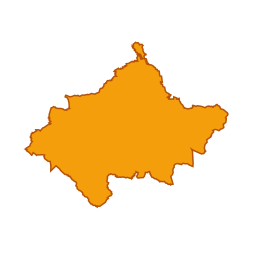 Tala, Jalisco, Mexico, rotated 107°
{"feature_id": "50627088B29347766451470", "entity_name": "Tala", "entity_type": "district", "adm_level": 2, "iso_a3": "MEX", "parent_name": "Mexico", "parent_adm1": "Jalisco", "projection": "equal_earth", "projection_center": [-103.69, 20.61], "detail": "fine", "context": "isolated", "style": "filled", "palette": "amber", "viewbox_px": 256, "rotation_deg": 107, "n_neighbors": 0, "source": "geoboundaries", "source_scale": "gbopen_adm2", "svg_char_len": 5821}
<svg xmlns="http://www.w3.org/2000/svg" viewBox="0 0 256 256"><g transform="rotate(107 128 128)"><path d="M178.7,219.1L179.9,217.4L179.8,216.6L180.6,214.7L182.2,212.3L181.7,211.8L179.3,211.5L180.2,208.7L180.9,207.6L180.5,207.4L178.4,201.5L178.3,199.8L180.0,200.0L180.0,199.6L181.6,198.9L183.2,194.6L182.7,192.6L187.0,190.6L191.7,189.3L185.2,185.8L187.1,181.4L188.2,180.3L190.5,175.5L190.8,174.6L190.4,173.1L191.3,172.1L190.5,171.5L191.5,170.5L191.1,169.4L191.2,169.0L192.1,168.8L192.4,168.4L192.4,167.5L193.6,166.6L194.1,164.7L194.7,163.6L194.8,162.0L196.2,160.9L198.6,160.9L199.1,159.5L200.9,158.9L201.3,157.6L202.1,156.4L201.9,155.7L202.2,154.5L203.3,152.4L205.0,151.7L205.3,150.4L206.2,149.3L206.1,146.9L207.7,144.8L209.1,144.5L211.5,141.3L211.2,140.3L211.8,139.7L212.1,138.5L211.6,136.6L212.2,136.1L212.5,134.5L211.6,134.9L211.4,134.5L211.5,133.2L211.0,132.0L205.7,127.9L202.5,127.4L201.3,126.3L200.7,127.3L198.2,125.6L197.9,124.7L196.6,124.0L195.4,124.2L195.2,125.1L194.0,124.9L193.3,126.5L192.8,126.8L192.8,127.8L192.1,129.1L190.9,129.7L191.0,130.4L190.3,130.2L189.8,130.8L188.1,131.1L187.3,130.5L186.0,130.6L185.8,132.1L185.1,132.7L181.5,133.0L180.6,133.6L178.1,132.6L177.9,131.7L176.9,131.3L176.8,130.1L177.1,129.0L176.3,127.3L176.3,126.5L176.8,126.0L177.0,126.3L177.8,126.0L178.0,125.4L177.3,124.4L178.2,124.3L177.9,122.4L177.4,122.0L177.2,120.3L176.5,119.2L176.1,117.1L176.3,115.6L175.3,113.9L175.6,111.5L175.1,110.7L175.5,109.9L175.1,110.0L175.1,109.5L174.6,109.2L174.0,109.8L173.8,109.4L173.2,109.4L172.9,108.5L172.5,108.6L172.1,108.3L171.9,108.7L171.3,107.8L170.6,108.3L170.6,107.9L169.5,108.0L167.9,106.8L167.5,107.2L167.7,105.3L169.0,105.1L171.8,105.6L172.9,104.3L172.8,103.3L172.0,101.9L170.9,98.8L169.0,98.2L165.3,98.3L165.0,96.2L163.9,95.8L163.4,94.7L164.5,94.1L164.9,93.4L165.6,93.4L166.3,92.3L166.7,92.3L168.1,90.7L168.0,89.2L168.5,88.5L168.7,87.5L168.4,85.8L168.9,85.3L169.0,83.8L169.5,82.6L169.8,82.6L170.2,81.8L169.4,81.0L169.3,79.4L168.5,77.5L169.6,75.9L169.5,74.2L170.1,73.2L169.9,72.1L169.2,71.1L169.9,70.6L169.4,70.2L168.5,68.5L161.8,72.9L159.4,71.9L157.4,71.8L155.2,72.8L153.3,72.9L152.1,72.3L150.7,73.0L149.0,72.4L148.1,71.4L147.4,69.7L147.3,69.0L147.6,68.5L147.3,68.1L147.3,66.0L146.1,65.6L145.6,64.4L145.5,62.8L144.7,60.7L145.4,58.9L145.9,54.7L142.8,55.4L131.0,59.7L129.7,60.9L130.2,59.2L131.3,50.3L130.3,48.1L128.0,47.2L128.2,47.7L126.7,47.7L126.4,48.3L124.5,49.2L121.2,49.5L118.4,48.2L116.2,49.3L112.4,46.2L111.9,46.1L111.7,46.5L110.6,46.0L109.6,46.3L106.9,45.0L105.8,45.4L105.5,46.2L103.9,44.3L103.7,42.1L104.0,40.3L101.9,38.9L101.2,37.8L99.6,36.5L96.6,38.0L96.1,37.9L96.0,37.3L93.9,36.1L90.1,36.8L89.6,37.8L86.4,36.5L85.4,36.5L84.4,37.5L82.5,42.2L82.6,44.9L80.5,46.8L80.2,48.7L79.5,49.6L79.9,50.5L81.2,50.8L82.1,52.4L83.3,52.7L83.3,53.4L82.7,54.2L83.3,55.0L83.4,57.5L83.7,56.0L83.7,57.7L84.5,59.1L86.0,60.1L85.9,64.3L86.5,68.3L87.6,69.6L87.2,71.1L87.5,72.8L88.1,72.8L88.5,72.0L90.6,72.8L90.5,73.6L91.5,74.8L92.3,76.6L92.3,79.3L92.5,79.9L92.1,79.9L91.3,81.5L90.3,82.1L88.9,85.0L87.9,85.3L87.6,86.2L86.7,86.9L84.7,87.8L85.0,88.3L85.8,88.2L86.2,89.9L85.1,90.0L84.8,93.3L87.0,92.9L88.4,97.5L87.3,97.5L87.3,99.3L86.3,98.8L86.7,97.3L85.6,97.7L85.3,97.1L83.9,96.6L83.7,97.8L84.1,98.5L83.2,98.9L82.8,101.7L81.2,103.4L78.4,104.8L78.0,107.0L76.2,107.7L76.4,108.9L75.3,109.1L75.4,110.0L74.3,110.4L74.1,108.6L68.7,111.1L68.8,112.9L64.5,114.8L64.6,116.6L63.5,117.1L63.7,118.8L62.7,119.2L62.3,119.8L61.9,121.4L61.6,121.5L61.1,122.9L60.9,124.5L61.3,126.4L61.3,128.6L60.9,129.0L60.7,127.0L60.2,127.3L60.2,128.5L59.0,129.2L59.3,130.3L58.8,130.7L58.5,129.5L56.6,130.7L56.7,131.8L57.1,132.1L56.7,132.5L54.8,133.7L53.4,133.4L52.9,132.3L52.2,132.4L51.7,134.6L49.7,136.3L48.5,136.6L46.7,138.1L45.3,138.2L44.7,137.8L44.0,139.2L44.3,140.3L45.1,141.0L45.1,141.4L44.0,142.3L43.5,143.4L44.1,144.5L43.8,146.4L44.0,146.1L45.2,146.4L46.3,147.5L47.5,147.1L48.0,147.2L48.0,147.6L48.3,147.2L48.8,147.6L48.9,147.1L49.4,147.1L49.3,146.7L50.0,146.8L50.1,145.2L51.0,144.0L51.5,144.9L52.1,144.4L51.7,143.6L53.4,142.5L53.1,141.8L53.5,141.5L53.3,141.1L54.0,140.6L53.8,139.2L54.1,138.9L54.0,137.6L57.1,134.9L57.4,134.0L58.4,135.7L55.2,138.1L55.4,138.8L54.1,140.6L54.8,140.9L55.2,140.3L56.8,139.6L58.2,140.1L61.2,138.2L61.2,140.0L61.8,139.9L61.7,141.3L62.7,141.2L62.8,142.5L63.3,142.5L63.2,143.6L66.0,146.3L67.1,148.5L68.6,147.6L69.1,148.7L69.6,148.4L69.9,149.4L70.6,149.1L71.2,151.0L72.6,150.4L73.1,152.3L73.8,152.1L74.2,154.3L73.7,154.6L76.4,157.2L77.1,157.1L77.0,157.5L77.9,157.8L77.5,156.0L79.7,155.7L79.6,156.4L80.5,156.1L81.9,154.3L82.2,155.8L83.0,156.4L84.3,157.1L85.2,157.0L86.2,157.9L86.9,157.4L87.4,157.6L87.8,158.4L87.5,159.2L88.2,159.8L88.7,161.4L89.0,161.7L90.7,161.9L91.3,162.5L91.8,162.2L92.9,163.7L95.5,163.4L96.4,164.1L97.2,164.0L97.8,164.7L97.8,165.3L98.9,166.2L102.3,166.1L102.7,166.5L104.1,168.5L105.3,169.5L105.7,173.1L107.1,174.6L107.8,175.9L107.7,176.5L109.4,179.4L109.8,181.3L111.7,183.3L111.8,184.4L111.4,185.3L112.3,186.8L112.4,188.6L114.1,190.6L115.2,192.7L114.8,196.7L115.0,197.2L116.6,197.2L116.8,195.1L118.3,193.5L121.1,191.8L125.5,190.2L125.9,190.0L126.5,190.7L126.9,190.7L126.9,190.3L127.8,191.8L128.9,191.8L128.8,192.9L129.3,193.2L129.4,194.3L128.9,195.1L128.9,197.4L129.8,200.9L129.9,203.1L129.3,203.5L129.6,204.1L129.3,205.4L130.4,206.2L131.3,207.4L138.5,207.3L139.4,206.7L141.3,207.1L141.3,206.2L141.8,206.5L142.0,205.6L143.2,205.9L143.4,205.1L144.0,205.2L144.4,203.8L146.1,205.1L146.5,203.1L147.5,203.9L147.3,204.7L151.7,208.1L153.0,209.6L156.5,211.1L156.0,211.7L155.9,213.0L156.7,215.6L157.7,214.7L158.3,215.5L160.1,216.9L160.3,217.9L160.7,217.4L161.9,218.8L163.4,218.5L165.1,218.8L165.2,218.0L165.9,218.1L166.0,217.2L168.5,217.0L168.8,215.6L172.1,216.7L173.6,216.4L177.2,219.5L177.7,219.2L178.2,219.9L178.4,218.6L178.7,219.1Z" fill="#f59e0b" stroke="#b45309" stroke-width="1.5"/></g></svg>